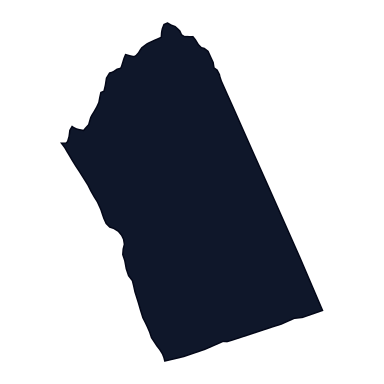 Nyaribari Masaba, Nyanza, Kenya
{"feature_id": "3690345B15425967230787", "entity_name": "Nyaribari Masaba", "entity_type": "district", "adm_level": 2, "iso_a3": "KEN", "parent_name": "Kenya", "parent_adm1": "Nyanza", "projection": "equal_earth", "projection_center": [34.907, -0.835], "detail": "fine", "context": "isolated", "style": "filled", "palette": "ink", "viewbox_px": 384, "rotation_deg": 0, "n_neighbors": 0, "source": "geoboundaries", "source_scale": "gbopen_adm2", "svg_char_len": 1676}
<svg xmlns="http://www.w3.org/2000/svg" viewBox="0 0 384 384"><path d="M164.8,361.0L183.8,356.5L205.1,349.2L222.9,341.4L227.1,341.6L232.1,340.1L259.3,331.2L271.3,327.2L281.2,324.1L285.0,322.4L294.2,318.3L302.4,317.4L322.5,310.4L300.0,257.9L282.3,218.0L269.7,189.6L251.4,148.7L232.1,105.2L227.5,95.0L221.3,81.1L219.8,76.6L219.4,74.6L217.1,70.1L214.0,67.9L213.1,62.4L210.5,56.8L208.0,51.3L204.2,48.4L201.3,47.7L198.3,44.6L195.3,39.7L192.9,36.7L190.0,36.8L187.4,36.6L184.3,36.6L181.5,34.8L179.8,31.0L177.9,29.1L175.1,26.6L171.1,25.1L167.5,23.0L164.0,24.5L162.4,28.6L161.9,30.8L161.6,32.8L161.3,37.3L159.4,38.2L156.9,39.3L154.5,40.3L152.4,41.3L148.7,43.0L147.0,43.9L145.4,45.1L141.9,47.7L140.4,49.8L138.6,52.8L136.2,55.5L135.0,56.3L133.4,56.6L130.2,55.9L125.6,54.6L124.1,58.2L123.5,60.1L123.0,61.8L121.6,66.3L120.7,68.3L117.1,69.2L113.8,71.5L111.9,72.4L109.6,73.0L106.5,78.1L105.4,85.2L104.0,91.2L100.9,92.5L99.8,97.5L98.9,102.5L96.8,107.0L94.3,111.4L92.0,115.1L90.8,117.4L90.3,119.0L88.7,124.7L85.3,128.4L83.6,130.5L78.9,129.6L76.3,128.9L73.5,127.5L72.1,126.5L69.9,130.3L69.1,136.5L67.6,141.6L66.0,143.2L61.5,143.2L64.8,147.6L67.4,152.1L68.7,154.2L72.4,160.5L76.0,166.3L79.2,171.1L83.3,177.6L85.7,181.4L88.0,185.1L91.1,191.3L94.3,196.9L97.4,201.8L100.9,209.5L102.6,214.7L103.9,218.4L106.2,223.5L109.8,227.1L113.8,228.4L118.4,231.3L121.7,235.3L123.6,239.3L124.4,244.3L123.2,249.1L122.8,254.6L124.8,260.6L126.3,268.8L128.6,275.7L132.4,280.6L133.7,285.9L135.0,291.9L138.5,303.0L140.6,310.3L142.9,317.7L145.4,322.6L147.4,326.8L149.7,332.1L151.5,337.6L154.6,342.3L157.1,346.1L159.7,349.4L162.5,353.9L163.9,357.4L164.8,361.0Z" fill="#0f172a" stroke="#020617" stroke-width="1.5"/></svg>